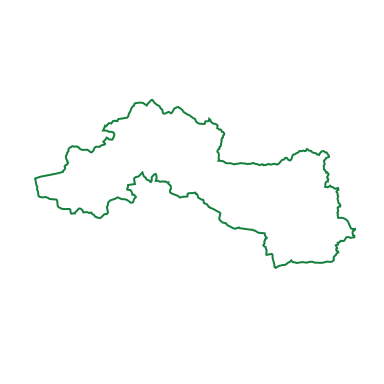 outline of Tuyen Hoa, Quảng Bình, Vietnam, rotated 347°
{"feature_id": "81297802B14659466260998", "entity_name": "Tuyen Hoa", "entity_type": "district", "adm_level": 2, "iso_a3": "VNM", "parent_name": "Vietnam", "parent_adm1": "Quảng Bình", "projection": "robinson", "projection_center": [106.021, 17.9], "detail": "fine", "context": "isolated", "style": "outline", "palette": "green", "viewbox_px": 384, "rotation_deg": 347, "n_neighbors": 0, "source": "geoboundaries", "source_scale": "gbopen_adm2", "svg_char_len": 6065}
<svg xmlns="http://www.w3.org/2000/svg" viewBox="0 0 384 384"><g transform="rotate(347 192 192)"><path d="M342.5,264.6L340.4,264.3L338.7,263.3L337.3,255.7L336.6,254.4L335.4,253.0L333.6,251.5L332.1,250.8L328.6,250.1L328.7,247.3L329.2,246.5L329.0,244.8L330.0,243.8L330.3,242.0L330.3,240.2L331.7,239.2L332.8,239.6L333.6,238.7L333.0,236.5L332.3,235.6L332.3,231.2L333.6,228.8L333.2,228.2L333.5,226.0L332.8,224.3L334.0,223.1L335.2,222.8L335.1,220.9L333.6,221.1L331.9,220.9L330.6,219.2L328.7,218.2L328.0,216.9L325.3,218.0L324.3,217.4L322.9,217.0L324.2,213.0L325.5,212.1L326.8,212.3L326.9,211.4L327.7,210.4L327.6,209.7L326.9,208.5L327.1,207.7L329.1,205.6L328.3,203.4L327.1,203.4L327.2,202.3L326.7,201.6L326.5,200.6L325.6,199.6L326.0,198.4L326.2,196.1L327.5,195.0L327.6,193.1L327.4,192.0L327.8,191.0L329.3,190.3L330.0,189.1L333.3,188.7L333.5,187.5L332.0,183.7L330.9,183.5L329.5,181.7L327.4,181.6L325.1,183.3L324.1,184.5L323.1,183.7L322.4,183.7L321.4,182.1L318.9,181.0L317.7,179.8L317.3,178.8L315.3,177.9L313.7,176.0L311.9,177.6L311.1,177.5L309.9,176.7L307.6,176.8L306.0,176.2L304.4,177.4L303.4,177.4L300.5,178.4L299.3,178.3L298.4,178.8L296.6,181.9L295.1,183.3L294.6,183.3L293.1,182.4L292.3,180.4L291.1,179.7L290.5,179.8L289.3,181.0L287.0,181.0L282.9,184.0L281.0,184.3L278.2,182.9L275.1,183.1L272.7,181.8L270.6,182.3L267.6,182.0L267.0,180.8L263.7,181.0L261.6,179.4L259.5,178.6L258.2,177.4L255.6,177.8L254.3,177.3L252.5,177.4L251.4,176.7L246.3,174.9L239.2,174.5L235.8,172.5L233.6,172.2L231.2,171.3L230.8,170.4L229.1,168.9L227.0,168.3L226.3,167.7L224.9,167.6L225.6,166.2L225.6,164.9L226.6,161.8L226.6,159.9L225.8,158.6L226.0,157.8L227.4,156.2L228.4,156.1L229.0,154.2L229.7,154.2L230.8,152.9L231.3,151.0L232.3,149.2L232.4,147.5L233.5,146.6L233.6,146.0L234.4,145.8L235.0,144.0L236.0,143.5L236.6,142.6L236.6,142.1L235.8,140.5L234.7,140.1L234.4,138.1L234.0,137.6L233.1,137.6L230.9,135.5L231.9,133.0L231.7,132.5L230.4,131.1L228.1,130.1L227.2,129.2L226.2,127.7L226.1,125.9L225.2,124.6L224.5,126.4L224.0,126.7L220.9,126.2L219.9,128.3L219.1,128.5L214.6,127.1L213.3,126.3L211.7,124.1L211.5,121.7L209.7,120.2L207.0,116.9L205.2,115.6L202.3,112.7L201.8,112.1L201.1,110.0L199.6,108.0L198.8,107.5L197.9,106.1L196.3,106.0L193.2,106.9L191.0,109.6L189.4,110.6L189.0,110.5L187.5,108.8L186.9,108.7L183.6,109.5L182.0,109.3L181.4,108.4L181.6,105.2L180.4,103.7L179.6,101.1L177.2,98.9L175.2,96.2L174.4,93.8L173.8,93.2L172.7,93.5L168.7,96.1L167.4,97.5L164.3,94.2L161.1,93.1L156.7,92.7L155.7,93.3L154.8,94.9L153.0,95.6L151.9,96.7L149.6,100.1L147.9,101.7L147.2,103.6L145.5,105.0L136.7,104.4L136.0,104.9L135.3,106.2L132.9,105.2L131.1,105.1L128.7,107.1L128.0,106.6L126.3,106.3L123.3,108.6L122.8,108.7L122.3,107.9L119.2,112.1L121.7,112.7L123.2,113.4L124.6,114.7L126.9,115.2L128.6,116.1L129.3,117.7L129.3,118.5L128.6,120.1L126.3,123.0L125.1,122.8L122.7,121.9L121.9,120.4L121.0,119.8L119.7,121.2L116.9,123.1L118.2,125.3L117.9,126.0L113.9,126.2L112.1,127.3L110.5,126.6L108.1,126.4L107.0,127.1L105.0,129.7L103.1,130.8L102.3,130.5L99.6,127.3L94.3,126.2L92.2,124.5L91.8,123.2L90.9,122.7L90.6,121.9L87.1,121.2L85.9,120.4L85.4,120.4L84.4,121.1L83.6,121.0L81.9,121.8L81.1,123.0L80.8,124.5L79.2,125.6L78.8,127.0L77.2,128.5L76.9,130.1L77.0,132.0L77.6,133.5L77.2,134.5L77.9,135.5L76.8,136.9L75.9,137.4L74.7,137.4L74.2,138.3L73.6,138.6L73.8,140.1L73.6,140.6L72.7,141.6L71.3,142.3L70.8,143.4L64.7,143.6L47.4,143.0L42.2,143.6L42.0,150.7L42.4,152.4L41.5,154.7L42.0,156.0L41.6,161.3L42.6,162.6L45.7,163.8L48.2,163.9L50.7,165.6L51.7,166.8L58.1,168.8L58.7,169.9L58.0,175.4L58.6,176.8L61.6,179.2L63.2,179.8L68.8,181.0L69.4,181.9L69.2,184.8L69.4,185.9L70.3,186.2L72.0,186.0L73.0,186.6L73.9,185.4L75.7,184.4L77.9,182.7L79.5,183.1L80.1,183.5L81.4,185.8L81.6,187.5L85.1,187.9L87.2,189.4L89.2,189.3L89.8,191.0L91.4,192.3L92.0,194.3L93.0,194.6L94.2,195.8L96.6,196.7L97.7,196.4L101.3,194.1L102.6,193.9L103.8,194.4L105.5,193.2L105.7,187.5L106.9,186.2L107.9,183.5L110.4,181.8L115.8,181.3L117.6,180.6L118.5,180.6L122.0,183.2L124.5,183.8L126.8,185.0L129.9,188.6L131.5,188.9L132.3,188.7L134.1,185.7L136.2,184.4L136.2,183.9L134.9,181.7L133.2,181.1L133.5,180.5L133.0,177.5L132.2,176.1L130.2,175.6L129.4,174.8L129.5,174.4L130.6,173.0L131.3,170.8L138.2,171.4L138.4,166.6L139.0,165.5L140.6,164.8L143.0,164.9L143.8,164.6L148.1,161.8L148.4,165.0L149.0,166.6L150.2,167.6L150.2,168.6L151.1,170.2L153.0,171.2L153.7,172.9L154.0,173.0L154.5,172.9L155.4,171.6L156.0,168.6L159.1,166.4L160.6,166.2L161.0,167.8L160.8,170.0L159.2,173.0L161.6,173.5L163.2,174.9L166.2,175.1L167.2,175.7L168.7,175.8L169.3,176.8L171.3,177.2L170.8,178.5L172.5,181.0L172.6,182.7L172.0,184.4L171.1,184.9L170.6,187.4L172.0,189.0L177.3,192.5L179.0,194.7L182.1,194.6L186.4,195.4L186.7,195.1L187.4,192.7L188.7,192.5L192.5,193.2L195.2,193.4L195.4,194.9L196.3,195.2L196.6,195.7L196.9,199.0L199.6,201.5L201.1,202.1L201.3,203.1L201.1,204.8L201.3,205.7L202.8,206.5L204.0,207.6L204.9,210.3L205.7,210.4L206.3,211.7L207.9,212.5L214.6,218.5L214.8,219.3L212.5,224.1L213.0,226.1L214.9,228.6L218.2,230.2L218.6,231.7L219.5,232.7L224.7,237.1L226.7,237.6L227.7,237.1L228.9,237.3L229.7,237.1L230.4,238.0L241.1,242.1L242.6,242.4L243.8,243.6L244.7,243.8L247.3,246.5L253.5,248.6L253.4,250.9L253.9,252.6L254.6,253.5L254.3,253.9L252.7,254.4L252.2,255.5L251.1,256.9L251.2,258.4L249.5,259.8L249.5,260.2L250.1,261.2L251.3,262.1L251.3,264.6L251.6,265.3L250.3,269.8L250.6,270.1L255.5,270.2L256.1,270.6L256.3,272.1L255.7,274.1L255.9,280.5L255.6,283.8L256.6,284.8L257.3,284.3L260.5,283.6L264.6,283.6L265.5,284.0L267.5,283.6L269.4,282.6L272.0,281.9L273.3,281.0L274.4,283.0L276.6,283.8L278.1,284.7L283.6,285.1L288.1,286.7L290.0,286.5L293.3,286.9L295.6,288.4L302.8,290.3L307.9,290.2L311.2,291.3L313.3,291.2L315.0,290.0L315.2,287.9L315.8,286.9L318.1,285.7L318.7,284.7L321.0,283.7L320.9,282.6L320.0,282.3L319.5,281.6L319.8,279.9L320.8,279.4L320.1,276.3L322.5,276.0L322.8,275.4L322.5,274.3L324.7,274.0L325.8,273.0L328.3,273.8L329.3,273.7L332.3,270.8L334.3,271.1L336.1,272.3L340.0,272.6L340.3,271.1L339.2,270.4L339.3,267.4L340.0,266.3L341.9,265.8L342.5,264.6Z" fill="none" stroke="#15803d" stroke-width="2"/></g></svg>